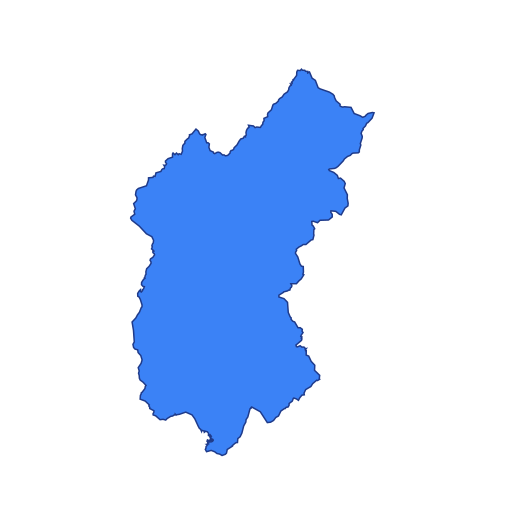 Balsa, Hunedoara, Romania (Mercator projection), rotated 46°
{"feature_id": "2599482B86876194197645", "entity_name": "Balsa", "entity_type": "district", "adm_level": 2, "iso_a3": "ROU", "parent_name": "Romania", "parent_adm1": "Hunedoara", "projection": "mercator", "projection_center": [23.071, 46.051], "detail": "fine", "context": "isolated", "style": "filled", "palette": "blue", "viewbox_px": 512, "rotation_deg": 46, "n_neighbors": 0, "source": "geoboundaries", "source_scale": "gbopen_adm2", "svg_char_len": 6126}
<svg xmlns="http://www.w3.org/2000/svg" viewBox="0 0 512 512"><g transform="rotate(46 256 256)"><path d="M275.9,435.9L278.5,438.8L283.3,436.5L289.0,436.2L289.4,437.2L291.2,437.6L291.9,438.4L296.4,436.9L297.4,438.0L298.0,439.7L298.9,440.4L301.2,439.2L307.1,438.7L308.9,436.3L311.3,434.9L311.2,432.8L312.1,428.7L313.3,427.0L313.3,425.9L314.0,424.7L313.8,424.5L314.5,424.2L314.1,423.9L314.7,423.9L316.7,421.0L319.5,415.0L325.8,412.4L330.6,413.1L338.3,415.8L340.8,416.5L342.0,416.2L344.3,417.0L343.7,416.1L345.9,414.9L346.9,415.6L347.0,414.7L346.6,414.3L348.7,413.1L350.5,413.3L352.1,414.9L353.0,414.5L352.9,413.8L351.9,413.1L354.6,413.4L354.4,414.2L355.5,414.7L354.5,415.0L356.3,415.8L356.9,416.7L357.7,415.9L357.6,414.5L358.1,414.4L358.9,414.8L359.1,416.1L358.4,417.7L357.3,417.9L357.4,418.9L356.8,419.3L356.0,417.6L355.6,418.4L354.6,418.7L355.2,419.9L356.2,419.5L356.4,420.0L356.9,419.8L357.1,420.8L358.0,420.7L357.6,421.5L357.9,421.7L357.4,422.3L358.2,422.1L358.4,424.3L359.5,425.6L359.9,426.8L362.4,427.5L364.7,423.3L368.1,421.7L370.9,421.3L373.3,419.7L375.9,419.0L377.3,415.9L377.3,414.2L375.2,411.1L376.4,405.1L376.0,405.0L376.1,401.8L376.4,400.0L377.3,398.9L374.7,395.9L375.0,393.0L373.6,389.2L369.7,382.9L368.4,378.7L366.8,376.8L366.1,373.7L362.3,367.4L361.7,366.2L362.1,365.3L361.5,364.8L361.6,364.0L371.0,361.1L383.7,363.6L385.7,360.9L386.5,357.6L385.9,353.9L386.7,351.0L384.8,345.8L385.5,341.5L386.0,341.0L385.8,339.5L386.9,337.8L386.4,336.0L385.1,334.6L385.6,330.7L384.3,328.0L384.5,327.4L386.9,326.2L389.3,325.7L388.4,323.1L388.0,319.6L389.4,317.7L388.0,316.7L386.6,313.1L388.0,307.1L387.2,304.0L387.5,298.7L388.3,298.3L388.9,295.8L388.2,295.7L386.1,293.1L378.9,293.3L375.4,289.6L370.1,289.5L364.6,287.6L362.1,288.7L359.0,285.6L358.6,286.1L357.7,285.6L357.5,284.3L357.0,285.2L355.8,284.6L354.8,284.8L353.4,286.3L351.2,286.6L350.2,289.3L349.3,289.9L347.8,289.1L348.3,281.9L347.5,280.5L346.7,280.6L346.2,279.2L345.0,279.7L344.4,278.6L343.7,275.3L342.1,275.1L340.9,273.6L338.3,274.0L336.8,275.6L330.3,274.0L328.4,274.9L325.8,274.7L325.0,273.7L323.5,273.7L319.0,272.0L311.2,265.5L306.1,265.5L301.4,268.0L300.3,267.0L300.1,266.6L301.2,261.6L301.0,261.1L303.1,257.4L303.1,256.4L304.0,255.4L302.9,253.3L303.0,252.2L302.4,250.9L300.2,250.2L304.0,246.2L303.7,242.2L303.9,239.5L302.7,234.6L301.7,234.9L300.5,233.0L296.4,229.3L294.9,230.4L292.2,229.9L285.7,226.6L281.6,225.8L280.7,224.8L280.3,223.0L279.1,222.3L279.4,218.8L280.2,216.3L280.5,214.1L282.4,212.1L282.8,205.2L283.7,203.7L281.2,199.7L280.4,199.4L277.2,196.1L277.2,194.9L274.1,194.0L272.7,194.2L269.9,191.9L270.7,190.7L274.8,188.6L274.8,185.1L280.5,178.8L280.9,174.0L278.9,172.2L276.6,171.9L275.6,170.7L279.3,167.6L284.0,167.0L285.6,166.1L283.3,158.7L283.8,155.1L282.1,153.1L278.0,150.4L275.4,147.7L268.2,145.4L265.9,141.5L263.5,140.7L258.7,141.1L257.5,142.9L254.5,141.5L249.9,142.0L245.5,143.9L244.3,143.6L244.5,142.6L247.6,138.6L248.2,137.0L248.5,134.8L248.2,127.3L247.6,124.9L248.0,120.9L249.1,118.3L249.0,115.7L249.5,114.6L252.8,110.8L252.9,109.4L251.4,107.9L249.0,103.5L247.6,102.9L244.8,97.6L243.7,96.4L240.8,95.2L239.7,92.9L239.6,91.1L238.6,90.4L238.5,86.9L237.4,84.2L237.8,82.8L237.5,76.8L235.0,71.6L233.6,72.6L231.3,76.4L231.1,79.1L231.4,80.2L230.4,82.9L227.4,83.7L221.7,86.4L215.1,84.4L210.2,88.6L209.0,90.3L206.9,91.3L206.2,91.2L205.3,90.1L200.1,90.6L196.5,89.4L195.2,88.5L193.2,88.3L189.2,89.3L180.3,93.8L178.1,94.4L170.9,91.3L167.0,92.1L160.8,89.7L160.2,91.6L159.4,90.9L159.7,90.1L157.5,92.1L156.3,91.9L154.6,93.6L153.2,93.5L153.3,95.4L151.3,97.1L152.0,98.9L154.3,101.3L155.1,105.9L154.9,106.8L155.5,106.9L155.7,109.8L156.6,109.7L157.0,110.2L157.0,111.2L156.3,111.6L157.6,112.0L157.3,113.6L158.0,115.7L159.0,116.8L159.8,119.3L159.1,123.4L159.8,126.7L159.2,129.7L159.4,131.3L160.1,132.4L160.0,135.6L159.0,137.9L159.1,138.9L161.5,143.3L161.4,148.0L162.1,149.3L163.9,150.8L162.5,154.7L164.3,156.2L164.6,158.0L166.0,159.9L165.9,161.3L166.6,163.5L163.7,165.9L163.0,167.5L160.7,167.5L156.7,170.6L158.5,171.4L158.6,172.2L158.3,173.2L159.0,175.5L160.2,177.4L162.2,179.0L162.4,180.3L162.9,180.8L161.8,181.2L162.4,183.4L161.2,185.7L161.6,188.2L162.9,192.5L162.9,196.5L163.7,197.9L163.6,199.4L162.8,200.7L163.1,202.2L163.9,203.1L164.0,205.9L163.7,207.0L162.6,208.5L161.1,208.7L160.1,209.9L156.6,210.1L155.1,211.0L154.4,212.0L153.7,214.6L152.6,215.0L151.6,214.5L148.3,215.8L145.1,214.4L143.0,211.7L141.3,211.8L140.3,212.8L135.2,210.5L133.8,207.6L132.8,207.6L132.6,208.1L132.8,208.4L131.8,209.7L131.9,210.4L130.2,211.5L128.9,211.7L126.1,210.7L123.0,211.0L123.7,217.2L122.6,219.7L123.3,220.2L124.4,222.6L124.1,223.8L124.1,227.4L125.6,229.1L125.4,230.4L125.7,231.9L127.6,234.5L129.5,236.0L130.9,239.2L129.0,240.3L129.1,241.6L126.7,241.7L126.8,243.9L124.3,244.1L124.6,245.2L126.9,247.4L124.9,251.6L124.8,255.2L125.7,256.0L127.5,256.2L127.9,257.1L127.7,258.4L126.7,259.2L128.1,259.5L129.4,261.3L128.5,262.6L128.4,263.6L129.1,265.7L126.7,270.2L128.6,273.3L127.5,274.0L127.4,274.5L127.9,275.5L125.1,279.0L126.7,280.6L129.4,286.0L125.7,293.7L125.6,296.0L126.1,297.3L128.3,300.2L131.4,301.1L132.5,302.2L133.3,303.7L133.3,307.6L138.2,310.0L139.0,312.6L141.7,314.2L141.1,318.9L141.7,319.9L144.1,320.5L153.4,319.2L163.9,319.4L169.7,317.5L173.6,318.8L175.2,320.8L175.5,322.3L176.4,323.9L177.1,324.0L177.9,325.1L178.3,326.2L181.2,325.9L181.6,326.2L181.0,326.9L182.0,327.8L183.6,327.6L184.7,328.2L185.3,331.1L184.8,333.9L185.5,335.2L187.3,335.6L188.4,336.7L189.2,340.1L189.2,343.5L190.8,346.1L192.8,347.9L192.9,348.9L194.2,350.9L194.2,351.5L194.9,351.5L194.7,353.1L195.5,356.6L197.1,358.3L199.4,358.4L200.5,357.6L201.5,359.7L201.5,361.3L202.1,361.6L202.2,363.6L201.3,363.7L200.0,362.5L200.0,364.2L200.7,367.1L202.8,369.0L204.3,368.6L206.9,369.4L212.1,372.0L213.4,373.4L213.4,374.3L215.5,379.0L216.0,382.1L217.1,385.5L217.4,391.0L224.4,395.8L233.2,403.2L234.1,405.9L236.8,407.6L238.9,407.7L241.3,406.3L243.6,407.9L247.5,408.0L251.6,410.1L253.4,413.2L254.5,418.3L257.6,419.9L258.7,421.9L260.8,423.0L262.9,424.8L264.8,425.5L268.2,424.9L272.7,425.0L272.9,426.2L274.2,428.0L274.9,432.6L274.7,433.5L275.6,434.7L275.9,435.9Z" fill="#3b82f6" stroke="#1e3a8a" stroke-width="1.5"/></g></svg>